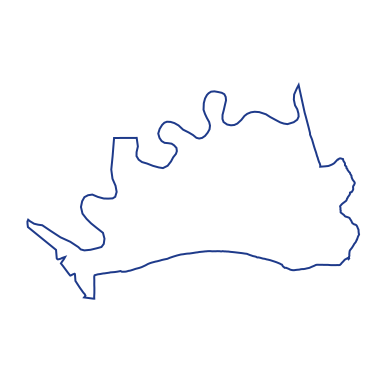 Prajesti, Bacau, Romania, rotated 88°
{"feature_id": "2599482B9126980716668", "entity_name": "Prajesti", "entity_type": "district", "adm_level": 2, "iso_a3": "ROU", "parent_name": "Romania", "parent_adm1": "Bacau", "projection": "mercator", "projection_center": [26.984, 46.653], "detail": "fine", "context": "isolated", "style": "outline", "palette": "blue", "viewbox_px": 384, "rotation_deg": 88, "n_neighbors": 0, "source": "geoboundaries", "source_scale": "gbopen_adm2", "svg_char_len": 5898}
<svg xmlns="http://www.w3.org/2000/svg" viewBox="0 0 384 384"><g transform="rotate(88 192 192)"><path d="M263.8,37.2L263.2,37.4L262.5,37.4L262.0,37.3L261.5,37.0L260.5,36.9L259.9,37.0L258.3,36.8L256.5,36.5L255.7,36.1L253.2,34.0L250.8,32.4L249.6,31.7L248.0,30.3L247.2,29.8L245.4,29.0L245.3,28.7L244.7,28.6L244.3,28.4L243.6,28.1L242.9,27.9L241.3,27.1L240.5,26.6L240.0,26.5L239.7,26.6L239.1,26.8L238.4,26.8L237.8,26.9L236.6,26.9L235.8,26.9L235.1,27.0L234.7,27.3L234.1,27.5L232.6,28.0L231.2,28.7L230.9,29.0L230.6,29.4L230.4,29.7L230.2,30.3L230.1,30.9L229.9,31.2L229.4,31.8L229.2,32.2L228.9,32.7L228.7,32.8L227.2,33.5L226.2,33.9L224.6,34.9L223.5,35.5L223.3,35.8L223.0,36.3L222.4,37.9L222.0,39.0L221.9,39.5L221.3,40.2L221.0,40.4L220.5,40.8L220.1,41.1L219.8,41.6L219.4,42.0L218.2,43.5L217.6,44.1L217.4,44.2L217.2,44.2L215.6,44.0L215.3,44.1L215.0,44.3L214.8,44.3L213.8,44.2L213.2,44.2L212.8,44.2L212.1,44.4L211.7,44.5L211.1,44.3L210.4,43.6L209.5,42.8L208.6,41.7L207.7,40.4L206.2,38.3L205.1,37.6L204.0,37.3L203.8,37.1L203.5,36.8L202.9,36.6L202.3,36.2L201.6,35.6L200.8,35.0L200.1,34.5L199.7,34.3L199.1,34.2L198.5,34.2L198.1,34.1L197.8,33.5L197.9,33.1L197.6,32.4L196.2,31.4L194.9,30.8L193.8,30.8L192.6,30.9L191.6,30.5L191.2,30.4L191.0,30.2L190.7,29.8L190.5,29.7L189.9,29.5L189.4,29.2L189.2,29.1L188.6,29.1L188.3,29.1L188.1,29.1L187.8,29.3L186.6,30.1L185.9,30.6L185.4,31.0L184.4,31.4L182.8,32.0L181.2,32.1L180.1,32.8L179.4,33.2L178.7,33.4L178.2,33.5L177.9,33.8L177.4,34.4L176.3,35.1L175.3,35.8L174.4,36.0L173.9,36.5L173.5,36.8L173.2,36.7L172.8,36.8L172.5,36.9L172.0,36.9L171.6,37.2L171.1,37.8L170.8,38.1L170.3,38.2L169.4,38.1L168.6,38.2L167.9,38.5L167.0,39.1L166.3,39.5L165.5,39.8L164.4,39.9L163.6,42.3L163.6,43.1L163.9,43.9L164.7,44.8L164.6,45.3L165.2,45.9L166.5,47.2L168.2,48.9L168.9,50.1L169.5,51.3L170.0,52.6L170.4,53.7L170.7,54.6L170.8,55.3L171.0,58.2L171.2,63.0L170.2,62.9L169.6,62.9L167.7,63.4L167.3,63.6L167.0,63.8L166.4,64.0L163.8,64.8L162.1,65.2L161.2,65.5L160.4,65.8L158.7,66.2L157.9,66.4L157.0,66.6L154.4,67.4L151.6,68.2L148.9,68.9L146.9,69.4L143.7,70.2L138.8,72.0L137.2,72.0L131.5,73.2L120.4,75.7L116.8,76.6L88.8,81.7L92.3,83.7L98.1,86.5L103.2,87.0L109.0,86.0L113.0,83.9L117.3,82.9L120.4,82.8L123.4,84.3L125.8,87.9L127.5,94.2L126.8,97.9L125.5,101.4L122.8,106.1L119.8,111.2L116.9,115.4L114.5,122.0L114.0,126.6L114.4,130.3L115.8,134.1L117.8,136.9L121.7,140.2L125.2,144.3L126.5,147.4L126.7,150.7L125.8,154.5L123.2,158.0L120.1,159.0L116.0,158.8L111.3,157.4L106.0,156.0L101.6,154.8L98.2,155.0L95.4,156.3L93.9,158.8L93.0,162.3L92.2,166.1L92.4,169.4L93.9,172.0L95.6,173.7L99.0,175.7L103.6,177.1L110.2,177.6L114.4,176.3L118.4,174.6L122.7,172.4L126.3,171.7L130.0,172.3L133.3,174.3L136.4,177.0L138.3,180.0L138.8,183.0L138.0,185.7L135.1,189.0L132.4,193.2L129.4,198.7L125.0,203.1L122.5,207.2L121.2,211.0L120.9,214.6L121.8,217.2L123.9,219.5L127.8,222.1L132.4,223.7L136.8,222.6L140.0,220.6L141.9,217.7L142.4,213.9L143.0,210.7L144.7,208.3L147.4,206.0L150.6,205.7L153.3,206.7L156.7,209.6L160.7,211.9L164.9,215.4L167.1,220.2L166.3,224.3L164.5,230.1L162.0,235.9L160.3,241.0L157.8,244.2L154.2,246.2L150.2,246.0L144.6,244.5L136.0,245.4L135.3,268.0L153.5,270.1L166.8,271.9L176.0,271.0L183.1,268.2L189.3,267.3L194.1,268.9L195.6,271.5L195.7,275.9L195.4,280.5L193.6,286.3L191.1,291.7L191.6,296.0L193.4,299.7L197.4,302.1L203.1,303.5L209.8,302.2L215.2,298.3L219.9,293.9L224.4,288.7L229.7,282.4L235.6,281.1L240.8,282.0L243.8,284.4L244.8,288.6L246.2,295.4L246.6,301.6L245.5,305.2L243.1,307.5L237.5,315.4L232.7,325.0L226.1,334.4L220.0,342.8L219.3,346.9L218.2,350.9L215.5,355.0L214.0,356.7L215.8,357.5L218.1,357.5L221.3,357.2L245.1,329.9L251.4,329.6L253.5,329.5L253.9,329.3L254.3,329.0L254.6,328.6L254.6,327.9L254.3,326.4L254.0,325.4L253.4,324.1L253.0,322.8L252.5,321.1L254.8,322.5L257.1,324.3L258.8,325.5L261.5,323.5L268.9,318.4L271.2,316.7L271.3,316.3L270.1,313.8L269.7,312.6L269.6,312.2L269.9,311.9L271.3,311.8L276.8,311.6L281.0,309.1L283.8,307.4L288.5,304.3L289.4,303.6L290.3,302.8L291.9,302.1L293.6,303.5L294.8,296.4L295.2,293.9L295.2,293.4L293.1,293.4L289.5,293.1L287.1,293.0L284.4,292.9L281.4,292.9L276.5,292.7L274.2,292.7L272.8,292.6L271.8,292.2L271.0,289.0L270.8,286.8L270.3,283.5L270.3,282.6L270.0,279.9L269.7,277.2L269.5,276.6L269.3,271.9L269.0,269.3L268.7,267.3L268.5,266.1L269.2,265.0L269.3,264.1L269.3,262.7L269.3,261.4L269.2,260.5L268.9,259.2L268.6,258.2L268.5,257.1L268.3,256.1L267.7,253.9L266.8,250.9L266.5,249.5L266.1,247.7L265.9,246.9L265.3,244.9L263.7,241.1L262.4,238.5L261.7,236.6L261.2,234.9L260.7,232.7L260.3,231.0L260.0,229.1L259.4,226.4L258.9,224.5L258.6,223.0L257.9,218.9L257.0,216.6L255.9,212.9L255.4,211.0L254.9,209.1L254.1,205.4L254.0,204.3L253.9,203.0L253.7,201.5L253.5,199.8L253.4,198.5L253.4,196.8L253.1,194.0L252.6,190.1L252.5,188.6L252.2,186.7L252.1,185.0L252.0,183.4L251.9,182.0L251.8,181.0L251.8,179.6L251.7,179.0L251.7,177.7L251.7,176.1L251.9,174.5L252.0,173.3L252.0,171.4L252.1,170.2L252.0,169.1L252.1,166.7L252.4,165.1L252.4,164.6L252.3,163.9L252.2,163.4L252.3,163.0L252.5,161.7L252.5,160.9L252.7,159.3L252.8,157.7L253.2,155.4L253.5,153.0L253.9,150.3L254.8,144.4L255.4,141.2L255.7,139.3L256.9,136.6L257.6,134.7L258.1,133.5L258.7,131.1L259.1,130.0L259.6,129.3L259.7,128.7L259.7,127.8L260.1,126.2L260.7,124.4L261.0,123.5L261.3,121.7L262.0,119.6L262.2,118.6L262.9,116.1L264.5,111.7L265.2,109.9L266.0,108.1L266.7,106.6L267.5,105.3L267.7,104.7L268.1,104.4L268.6,104.2L269.2,103.9L269.7,103.5L270.4,102.6L271.0,102.1L271.0,100.7L272.2,98.0L272.9,96.8L273.2,96.0L273.5,94.8L273.7,93.6L273.7,92.5L273.5,90.8L273.4,89.4L273.3,87.4L273.0,86.0L272.9,84.9L272.9,84.0L272.9,83.0L272.7,81.5L272.4,80.1L272.0,77.7L271.6,76.5L271.1,75.4L270.0,72.4L269.3,70.9L269.1,70.0L269.1,68.9L269.4,62.8L269.6,58.5L269.9,56.0L270.0,53.7L270.1,50.4L270.1,49.0L270.2,47.7L270.1,46.8L269.1,45.6L268.3,45.0L266.6,43.2L265.0,41.7L263.5,38.8L264.6,37.9L263.8,37.2Z" fill="none" stroke="#1e3a8a" stroke-width="2"/></g></svg>